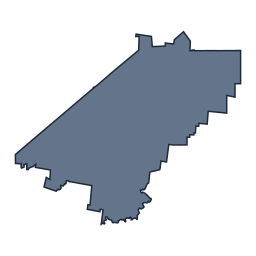 outline of Méndez, Tamaulipas, Mexico
{"feature_id": "50627088B67247085370697", "entity_name": "Méndez", "entity_type": "district", "adm_level": 2, "iso_a3": "MEX", "parent_name": "Mexico", "parent_adm1": "Tamaulipas", "projection": "robinson", "projection_center": [-98.5, 25.209], "detail": "fine", "context": "isolated", "style": "filled", "palette": "slate", "viewbox_px": 256, "rotation_deg": 0, "n_neighbors": 0, "source": "geoboundaries", "source_scale": "gbopen_adm2", "svg_char_len": 5435}
<svg xmlns="http://www.w3.org/2000/svg" viewBox="0 0 256 256"><path d="M15.4,154.5L15.5,163.5L18.5,163.6L19.1,163.7L19.1,163.8L21.2,163.7L21.1,167.1L21.2,167.6L21.6,167.7L21.7,167.9L21.8,168.1L22.3,167.8L23.2,167.5L23.5,167.2L24.0,167.1L24.0,166.4L24.1,165.4L24.0,164.6L26.8,163.8L26.7,169.5L28.3,169.5L28.6,168.8L29.0,168.4L29.1,168.0L29.2,167.9L29.5,167.8L29.8,167.7L30.1,167.6L30.7,167.3L31.1,167.2L31.6,167.0L32.3,166.8L32.5,166.7L33.0,166.6L33.1,166.4L33.3,166.4L33.8,165.9L33.9,165.7L34.1,165.5L34.2,165.3L34.9,164.9L35.4,164.4L35.6,164.3L35.8,164.2L35.4,167.4L43.0,168.7L50.4,170.0L50.2,174.4L49.8,179.5L46.3,177.4L44.0,187.0L56.2,191.2L56.5,190.5L57.5,190.0L58.1,189.3L58.5,189.3L58.8,189.4L58.9,189.7L59.0,189.7L59.4,189.7L59.9,189.5L60.1,189.3L60.3,189.2L60.8,188.6L60.8,188.0L61.0,187.8L61.1,187.5L60.8,187.1L60.5,186.3L60.6,185.7L60.8,185.4L61.0,185.3L61.3,185.3L61.7,185.7L62.7,185.8L62.9,186.0L63.3,186.0L63.8,185.3L63.8,185.0L64.4,184.5L64.5,184.3L64.5,183.8L64.9,183.6L65.1,183.7L65.2,183.9L65.5,184.0L65.8,183.6L66.1,183.3L66.1,182.7L66.4,180.7L67.4,180.8L67.6,180.7L68.1,180.7L68.4,180.9L68.7,181.3L68.8,181.4L68.9,181.6L69.1,181.7L69.2,181.4L69.4,181.5L73.7,182.3L91.8,185.6L90.0,205.1L87.9,204.7L87.3,209.3L97.2,211.2L97.4,211.1L97.5,211.1L97.6,211.3L99.9,211.8L100.3,209.2L103.0,209.8L102.0,218.5L101.3,223.7L101.1,223.8L101.1,224.3L101.6,223.9L102.2,223.4L102.4,223.4L103.3,223.6L103.9,223.7L104.2,223.9L104.4,223.8L104.6,223.7L104.7,223.3L104.8,223.2L104.5,222.8L104.3,222.6L104.2,222.5L104.2,222.4L104.0,222.2L103.8,222.1L103.8,221.9L103.9,221.6L103.9,221.4L104.0,221.3L104.1,221.2L104.4,220.8L104.6,220.6L104.8,220.5L105.1,220.3L105.7,220.2L106.2,220.0L106.2,219.9L106.3,219.8L106.1,219.2L105.9,218.8L105.7,218.5L105.6,218.2L105.6,217.6L105.6,217.3L105.7,217.1L106.0,217.0L106.7,217.0L107.2,217.1L107.4,217.2L107.6,217.5L107.7,218.0L107.9,218.7L108.2,219.0L108.3,219.1L110.1,219.9L110.3,219.9L110.5,219.8L111.2,219.9L111.4,220.0L111.6,220.1L111.7,220.4L111.8,220.8L112.1,221.5L112.3,222.2L112.3,222.3L112.6,222.5L112.9,222.7L113.0,222.7L113.3,222.7L113.2,222.3L113.6,222.3L115.0,222.5L116.1,222.5L116.4,222.6L116.8,222.9L117.3,222.9L118.0,222.7L118.3,222.4L118.4,222.1L118.2,220.9L118.8,220.9L120.2,219.7L120.4,219.6L120.7,219.5L121.3,219.5L121.5,219.7L121.8,219.9L122.3,219.9L122.4,219.7L123.4,219.5L123.5,219.5L123.7,220.1L123.9,220.3L124.2,220.5L124.3,220.5L124.4,220.8L124.7,221.2L124.8,221.5L125.3,221.8L125.5,221.8L125.6,221.6L125.5,221.4L125.4,221.3L125.5,221.2L125.8,221.0L125.6,220.6L125.4,220.5L125.4,220.3L125.2,220.2L125.3,219.1L125.3,218.9L125.6,218.6L126.1,218.5L126.4,218.3L126.8,218.3L127.3,218.0L127.5,218.0L127.8,217.9L128.4,217.9L128.7,218.1L128.9,218.2L128.9,218.3L129.3,218.3L129.6,218.2L129.8,218.1L130.0,217.9L129.8,217.6L130.1,217.2L130.4,217.1L130.7,217.2L130.8,217.3L130.9,217.5L131.1,217.9L131.3,219.1L131.2,219.7L131.3,219.7L131.8,219.8L132.1,219.7L132.6,219.2L132.7,218.9L132.9,218.7L133.2,218.7L133.4,218.5L133.6,218.4L134.0,218.2L134.6,218.1L135.4,218.2L136.1,218.4L136.4,218.5L136.5,218.6L136.6,218.9L136.6,219.2L136.9,219.4L137.0,219.4L137.3,219.0L137.3,218.5L137.3,218.0L137.2,217.3L137.1,217.0L137.1,216.8L137.1,216.6L137.3,216.4L137.2,216.2L137.1,215.8L138.6,213.7L139.2,213.2L139.3,213.1L139.1,212.6L139.0,212.2L138.8,211.8L138.7,211.6L138.5,211.3L138.4,209.7L139.3,208.2L139.7,208.0L139.8,208.1L139.8,208.3L140.1,208.6L140.7,208.7L140.9,208.8L141.4,208.9L141.6,208.9L141.9,208.7L142.2,208.5L142.7,208.1L142.9,207.9L143.1,207.9L143.7,207.4L144.0,207.1L144.1,206.8L143.5,206.0L143.5,205.6L143.3,205.4L143.1,205.2L142.9,204.9L142.5,203.9L142.7,203.5L142.9,203.4L143.7,202.8L143.9,202.8L144.2,202.7L144.7,202.6L145.0,202.6L145.4,202.6L145.9,202.8L146.3,202.8L146.5,202.8L146.8,202.9L147.0,202.9L147.4,202.7L147.5,202.6L147.7,202.4L147.8,202.1L147.8,201.7L148.3,201.3L148.4,201.2L148.6,201.2L148.7,201.3L148.8,201.6L149.3,202.1L149.6,202.0L149.9,201.8L150.2,201.5L150.4,201.3L150.4,201.1L150.7,200.7L151.2,199.6L151.2,199.2L151.1,198.8L151.0,198.5L150.7,198.3L150.4,198.3L149.7,198.5L149.6,198.4L149.5,198.1L149.2,197.7L148.9,197.2L148.7,196.9L148.4,196.5L148.3,196.4L148.2,196.3L147.9,195.9L146.5,194.6L146.3,194.3L146.1,194.2L145.3,193.5L144.8,193.2L144.4,193.0L143.9,192.7L142.5,192.2L142.3,192.3L142.2,192.6L141.9,192.9L141.6,192.9L141.3,192.7L140.9,192.3L140.8,192.2L140.5,191.4L140.5,190.2L141.7,190.2L142.1,189.9L142.3,189.6L142.8,189.3L143.6,189.9L143.8,189.9L144.0,189.8L144.5,189.1L144.6,188.8L144.8,188.8L145.0,188.8L145.3,188.7L145.3,188.4L145.3,188.2L145.4,187.9L145.7,187.5L145.7,187.4L145.7,187.2L147.3,183.7L148.6,183.0L149.9,172.0L159.8,169.7L160.0,168.4L160.3,167.0L160.2,166.9L161.0,161.1L166.5,162.0L167.2,156.7L168.8,144.5L172.4,144.9L173.4,145.0L178.1,145.0L187.0,144.9L187.0,137.2L189.7,137.2L189.8,134.8L193.9,134.9L193.9,132.9L195.4,132.9L195.9,126.0L198.6,126.3L198.9,123.3L207.2,124.1L208.2,111.3L216.6,112.1L219.4,112.4L226.7,113.1L226.7,95.4L235.0,97.1L235.0,83.7L240.6,83.7L240.6,83.4L240.6,70.7L240.6,50.5L237.9,50.5L238.0,50.6L236.3,50.6L226.6,50.6L218.4,50.7L216.5,50.7L216.4,50.6L194.3,50.7L194.2,50.0L192.1,50.0L192.1,50.7L190.0,50.7L190.3,41.1L183.5,31.7L174.3,39.8L173.7,44.0L165.3,43.0L165.3,46.0L160.1,46.3L152.2,46.6L152.0,42.7L151.4,36.4L136.1,34.1L135.8,36.5L139.1,36.5L138.7,50.2L117.6,67.7L97.9,84.6L94.3,87.5L94.0,87.1L93.3,87.7L93.6,88.0L62.9,114.1L32.7,139.7L15.4,154.5Z" fill="#64748b" stroke="#1e293b" stroke-width="1.5"/></svg>